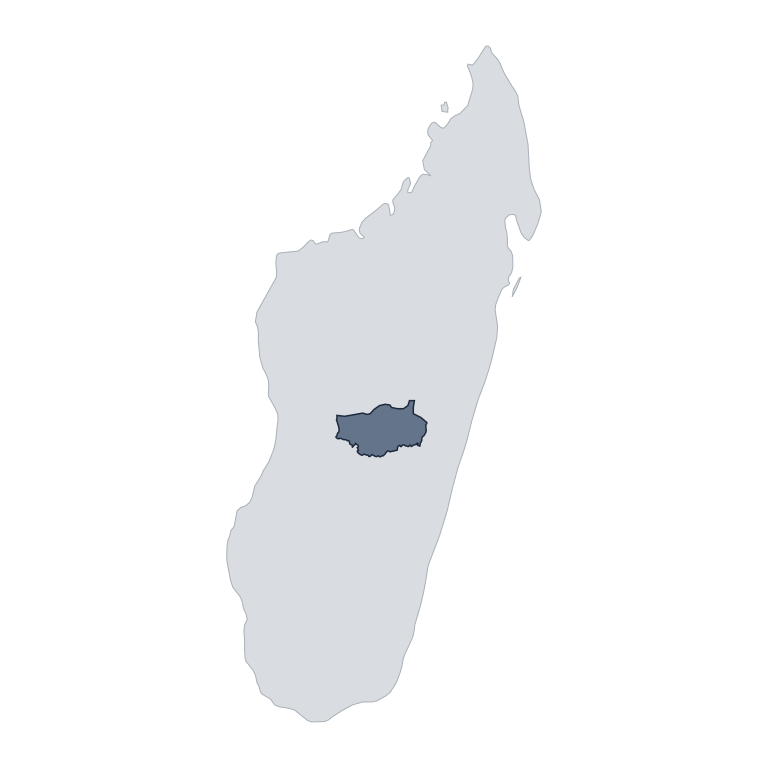 where Vakinankaratra sits in Madagascar
{"feature_id": "MDG-5881", "entity_name": "Vakinankaratra", "entity_type": "Autonomous Province", "adm_level": 1, "iso_a3": "MDG", "parent_name": "Madagascar", "parent_adm1": "", "projection": "robinson", "projection_center": [46.868, -19.718], "detail": "fine", "context": "in_parent", "style": "filled", "palette": "slate", "viewbox_px": 768, "rotation_deg": 0, "n_neighbors": 0, "source": "natural_earth", "source_scale": "10m", "svg_char_len": 6378}
<svg xmlns="http://www.w3.org/2000/svg" viewBox="0 0 768 768"><path d="M500.3,63.7L502.3,69.0L504.7,74.0L512.0,86.2L515.1,90.8L517.8,95.8L519.0,105.7L523.7,121.1L528.0,144.3L529.3,168.1L530.6,179.0L534.0,189.2L539.5,199.9L541.3,211.7L537.8,223.9L532.8,235.4L531.5,237.5L529.2,240.5L528.1,240.4L524.2,237.4L520.9,232.5L516.9,221.1L515.4,215.3L513.7,214.4L508.9,214.9L505.4,218.5L504.8,220.8L505.5,227.2L506.8,233.0L507.4,238.9L507.4,246.3L508.7,248.6L510.6,250.4L512.6,255.3L512.9,266.8L511.6,272.7L508.2,277.7L508.4,280.5L509.7,283.3L508.5,285.0L504.0,287.2L502.1,289.1L499.7,294.2L495.7,304.6L495.1,309.9L497.6,326.1L496.8,337.6L491.7,359.5L488.8,369.9L484.7,382.4L478.4,398.8L472.2,419.3L466.9,440.5L463.0,453.2L458.5,465.8L452.5,487.9L447.3,510.4L439.7,535.2L429.2,562.8L428.0,566.4L425.8,580.5L423.5,592.7L420.7,604.8L414.8,624.9L414.1,631.0L412.8,637.0L407.1,649.5L404.8,654.2L403.1,659.2L402.1,665.4L400.5,671.5L396.3,682.7L390.2,692.3L386.0,695.8L377.0,700.8L372.4,701.9L362.3,702.0L352.5,704.9L342.3,710.4L332.4,716.8L328.7,719.8L324.5,721.6L311.5,721.9L307.6,720.5L294.6,710.1L289.6,708.4L280.0,706.9L277.1,706.0L274.5,704.7L270.6,699.2L262.9,694.6L261.0,693.1L259.9,689.9L259.0,686.5L257.0,682.7L255.5,675.3L253.0,670.2L245.9,661.2L245.1,658.3L244.5,648.7L244.7,642.2L243.9,630.3L244.7,624.7L247.2,619.7L246.1,614.2L243.5,608.5L242.4,602.6L240.5,597.2L233.0,587.5L231.2,582.7L230.0,577.7L227.1,562.3L226.7,556.9L227.1,545.5L228.1,539.7L229.9,535.6L230.3,532.6L231.4,529.9L233.2,527.8L234.4,525.4L237.1,510.8L240.6,507.6L245.8,505.7L250.0,501.9L252.3,496.8L254.7,486.2L261.2,475.7L263.6,470.2L268.8,461.9L273.5,450.1L274.9,444.6L275.9,439.0L277.1,426.5L278.0,420.4L277.8,414.2L275.0,407.9L268.6,396.5L268.3,394.4L268.8,385.9L268.3,379.8L265.9,373.7L262.8,367.9L259.8,357.1L258.2,339.3L258.5,332.9L257.6,327.2L255.4,321.7L256.9,312.2L276.1,277.7L276.7,273.6L275.9,263.1L276.3,257.0L277.0,254.7L278.4,253.4L281.7,252.7L297.3,251.2L299.4,250.2L303.2,247.2L308.6,241.6L311.0,240.0L313.2,240.6L314.5,243.0L316.3,244.3L322.6,241.8L325.0,241.7L327.5,242.1L328.6,239.8L329.3,236.6L330.2,234.4L331.9,233.1L340.0,232.5L345.2,231.6L351.9,229.4L353.4,229.8L358.8,237.7L360.4,238.4L362.5,238.7L364.4,237.3L360.0,233.1L359.3,230.8L359.5,228.1L361.9,222.4L365.8,218.1L374.5,211.5L383.6,203.9L386.3,203.4L388.5,204.6L390.2,213.6L390.0,215.0L391.4,215.2L393.1,214.1L394.6,210.5L394.7,207.5L393.5,204.6L392.9,202.2L392.8,199.9L397.4,194.6L401.1,189.5L402.8,183.5L404.2,180.7L408.0,177.5L409.2,178.0L410.0,180.6L410.5,183.3L409.6,186.0L408.2,188.6L407.6,192.2L409.7,192.9L411.8,192.0L414.8,185.6L418.2,179.5L420.2,176.4L422.7,174.2L426.9,174.6L431.0,176.0L424.4,169.6L422.7,160.8L430.7,145.7L430.8,142.5L431.9,141.5L432.5,140.3L428.3,135.2L427.6,132.6L428.1,128.8L430.1,125.4L431.9,123.0L434.4,122.1L436.4,123.4L440.9,127.6L443.9,128.2L447.5,124.2L450.5,119.1L454.9,115.7L460.0,113.5L467.7,105.6L472.7,89.0L473.1,84.1L472.0,78.2L470.2,72.7L467.3,65.7L468.1,64.1L472.3,65.1L473.7,64.1L478.3,57.9L485.8,46.1L488.3,46.1L490.4,48.3L491.2,51.5L492.7,53.9L497.8,59.5L500.3,63.7ZM447.7,110.4L447.8,112.2L442.0,111.5L441.1,105.2L443.9,105.0L444.5,102.4L446.3,102.1L448.1,107.7L447.7,110.4ZM517.0,287.7L512.1,296.9L513.5,289.2L519.2,278.2L520.9,277.3L517.0,287.7Z" fill="#d9dde1" stroke="#a8b0b8" stroke-width="1"/><path d="M335.9,437.0L336.9,435.6L337.2,435.1L337.2,434.9L337.3,433.9L337.4,433.7L337.6,433.2L337.9,432.9L338.2,432.5L338.6,432.2L338.8,431.8L338.9,431.5L339.0,431.2L339.1,429.3L339.1,428.9L338.8,427.8L338.7,427.3L338.6,426.6L338.5,426.0L337.6,423.5L337.2,421.8L337.0,421.3L336.8,421.0L336.7,420.8L336.6,420.5L336.5,420.1L336.6,419.4L336.7,419.0L336.9,418.7L337.0,418.2L336.9,415.4L344.6,416.3L352.3,415.0L362.6,413.1L367.0,414.4L370.2,413.7L374.1,409.4L379.5,405.6L385.0,404.3L389.9,405.0L391.5,407.5L397.5,408.7L403.5,408.7L407.9,405.6L409.5,400.6L414.4,400.6L413.3,407.5L413.3,413.7L420.9,417.5L426.8,422.5L426.8,422.9L426.8,423.2L426.6,423.7L426.1,424.4L425.9,424.8L425.9,425.4L425.9,428.4L426.0,429.0L426.2,429.5L426.2,429.9L426.2,430.2L426.1,431.4L425.7,432.6L424.3,435.1L424.0,435.5L423.4,436.1L422.6,436.7L422.3,437.1L422.2,437.3L421.9,437.7L421.8,438.0L421.8,438.4L421.8,440.1L421.7,440.6L421.5,441.1L420.3,443.4L420.1,444.3L419.9,446.6L419.8,446.3L419.7,446.2L419.3,445.9L419.1,445.8L418.1,445.5L417.8,445.4L417.6,445.3L417.5,445.1L417.4,444.9L417.4,444.7L417.5,444.5L417.8,444.1L418.0,443.9L418.0,443.7L418.0,443.4L417.8,443.3L417.5,443.2L417.1,443.3L416.8,443.4L416.6,443.6L416.0,444.4L415.8,444.5L415.6,444.6L414.2,444.8L413.8,445.0L411.6,446.4L411.4,446.5L411.1,446.4L410.9,446.1L410.7,445.6L410.6,445.4L410.4,445.3L410.1,445.2L409.9,445.2L409.4,445.3L409.2,445.6L409.1,445.8L409.0,446.1L408.9,446.3L408.7,446.5L408.4,446.5L407.9,446.5L405.2,445.7L404.5,445.1L404.3,445.0L404.0,444.9L403.7,444.9L403.2,445.0L402.4,445.3L402.2,445.4L402.1,445.5L401.4,446.4L401.3,446.6L401.1,446.6L400.8,446.6L400.4,446.3L400.3,446.0L400.1,445.7L399.8,445.4L399.6,445.4L399.3,445.5L399.0,445.6L398.9,445.8L398.3,446.2L398.1,446.4L397.8,446.7L397.7,446.9L397.6,447.2L397.5,447.4L397.5,448.4L397.2,449.9L397.2,450.1L396.9,450.3L396.5,450.4L395.8,450.4L395.0,450.6L394.2,451.0L393.8,451.1L391.8,451.2L390.5,451.8L390.2,451.9L389.9,451.8L389.1,451.4L388.6,451.0L388.4,450.9L388.1,450.9L387.7,450.9L387.4,451.1L386.8,451.5L386.7,451.7L386.3,452.4L385.0,454.0L384.0,455.0L383.7,455.4L383.5,455.6L383.3,455.7L383.1,455.8L382.0,455.9L381.6,456.0L380.9,456.5L380.0,456.9L379.2,456.4L378.4,455.8L377.8,456.0L377.1,456.5L376.1,456.6L375.1,456.3L372.2,454.7L371.5,454.9L370.8,455.7L369.9,456.5L368.9,456.4L368.6,456.1L368.4,455.7L368.1,455.4L367.7,455.2L367.2,455.2L366.4,455.0L365.5,454.7L365.1,454.4L364.7,454.2L364.2,454.2L363.7,454.4L362.6,455.1L362.1,455.2L361.2,455.0L360.2,454.5L358.5,453.2L357.7,452.4L357.3,451.5L357.5,450.7L358.5,450.1L358.1,449.5L357.7,448.3L357.3,447.7L358.0,447.4L358.2,446.8L358.2,446.0L357.9,445.2L357.4,444.8L356.1,444.1L355.5,443.5L355.2,444.4L354.8,444.8L353.7,445.6L352.7,447.0L352.4,447.1L352.2,446.0L352.0,444.9L351.5,444.7L350.7,444.6L350.0,444.1L349.6,443.3L349.4,441.5L348.9,440.8L348.5,440.7L347.8,440.8L347.5,440.8L347.1,440.6L346.6,440.0L346.3,439.8L343.5,439.6L341.3,438.6L340.3,438.3L340.0,438.2L339.7,438.2L339.3,438.6L339.0,438.7L338.6,438.8L338.3,438.8L338.0,438.8L336.8,438.1L335.9,437.0Z" fill="#64748b" stroke="#1e293b" stroke-width="1.5"/></svg>